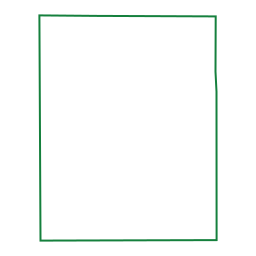 Hanson, South Dakota, United States of America (Equal Earth projection)
{"feature_id": "52423323B35653525387380", "entity_name": "Hanson", "entity_type": "district", "adm_level": 2, "iso_a3": "USA", "parent_name": "United States of America", "parent_adm1": "South Dakota", "projection": "equal_earth", "projection_center": [-97.772, 43.675], "detail": "fine", "context": "isolated", "style": "outline", "palette": "green", "viewbox_px": 256, "rotation_deg": 0, "n_neighbors": 0, "source": "geoboundaries", "source_scale": "gbopen_adm2", "svg_char_len": 214}
<svg xmlns="http://www.w3.org/2000/svg" viewBox="0 0 256 256"><path d="M40.5,240.6L216.6,240.1L216.5,91.7L215.5,71.7L215.7,16.4L96.5,15.9L39.4,15.4L40.5,240.6Z" fill="none" stroke="#15803d" stroke-width="2"/></svg>